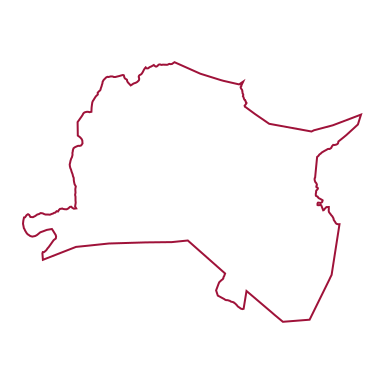 outline of Santiago Textitlán, Oaxaca, Mexico
{"feature_id": "50627088B13437276838139", "entity_name": "Santiago Textitlán", "entity_type": "district", "adm_level": 2, "iso_a3": "MEX", "parent_name": "Mexico", "parent_adm1": "Oaxaca", "projection": "equal_earth", "projection_center": [-97.325, 16.718], "detail": "fine", "context": "isolated", "style": "outline", "palette": "rose", "viewbox_px": 384, "rotation_deg": 0, "n_neighbors": 0, "source": "geoboundaries", "source_scale": "gbopen_adm2", "svg_char_len": 5240}
<svg xmlns="http://www.w3.org/2000/svg" viewBox="0 0 384 384"><path d="M282.9,321.8L309.6,319.7L329.2,279.9L330.3,277.5L331.6,274.9L339.5,224.2L339.4,224.2L338.5,224.3L337.0,224.0L336.4,223.7L335.7,223.0L335.0,221.7L334.4,220.9L333.7,219.8L333.5,218.4L332.9,217.4L332.4,216.4L331.2,215.1L330.6,214.2L329.9,213.4L329.5,212.8L328.9,211.9L328.7,210.5L328.8,209.1L328.8,207.8L328.8,207.0L326.4,207.1L324.3,209.3L323.8,210.1L323.2,210.3L321.2,205.2L320.5,204.9L319.6,205.1L319.0,205.2L318.3,205.2L317.9,205.2L317.5,205.0L317.5,203.6L317.9,202.7L318.4,202.6L320.2,202.9L321.0,202.8L321.4,202.6L321.8,202.3L322.2,201.9L322.4,201.3L322.4,200.7L322.6,200.3L321.9,199.8L320.8,199.2L320.1,198.8L318.8,198.2L317.8,197.2L317.7,196.7L316.7,196.2L316.0,195.9L315.8,195.3L315.8,194.9L315.8,193.9L315.8,193.7L316.1,192.3L316.1,191.4L316.2,190.8L316.4,190.4L316.9,190.0L317.4,189.3L317.9,188.7L317.7,187.8L317.2,187.4L316.5,187.2L316.3,186.6L316.5,185.8L316.8,185.3L316.9,184.7L316.6,183.8L316.1,182.9L315.4,182.2L315.2,181.6L314.9,181.0L314.7,180.1L314.6,179.6L314.6,179.0L314.7,178.2L314.9,178.0L315.1,177.7L317.1,157.0L318.5,155.8L319.3,154.6L320.8,153.5L321.8,152.5L322.8,151.9L324.3,151.0L325.6,150.3L326.7,149.7L327.6,149.1L328.4,148.9L329.4,149.0L330.3,148.6L331.2,147.9L331.7,146.9L332.0,146.2L333.0,145.2L333.2,144.9L334.4,145.0L335.9,144.7L336.2,144.6L336.7,144.4L337.5,143.9L338.0,143.3L338.3,142.1L338.4,141.5L343.4,137.5L346.3,135.1L357.9,124.5L361.0,114.6L332.8,125.3L313.9,130.3L311.5,131.5L269.2,123.8L255.1,114.1L245.3,106.9L244.9,106.7L244.6,105.7L245.3,104.9L246.0,103.9L246.5,103.2L246.5,102.9L246.0,102.6L245.9,102.2L245.9,101.8L245.8,101.6L245.7,101.7L245.5,101.0L245.2,100.5L245.1,100.1L244.8,100.1L244.6,99.9L244.4,99.5L244.0,98.9L243.9,98.6L243.6,97.3L243.2,96.7L242.9,96.2L243.1,95.6L243.2,95.2L243.3,95.0L243.1,94.1L242.9,93.9L242.7,93.6L242.5,93.0L242.5,92.3L242.5,91.9L242.3,91.5L242.3,90.6L242.0,89.8L241.4,89.0L240.9,88.1L240.6,87.1L241.4,86.0L241.4,85.5L241.2,85.2L241.5,84.6L241.9,84.4L242.0,83.9L242.8,82.5L243.2,81.6L239.1,84.4L223.3,80.8L223.0,80.7L220.8,80.1L200.3,73.7L174.5,62.2L171.9,64.0L170.7,64.1L170.2,64.1L169.5,63.9L169.0,64.0L168.6,64.2L167.6,64.7L166.6,64.8L165.5,64.7L165.0,64.8L164.5,64.7L163.6,64.7L162.6,64.7L161.8,64.9L160.7,64.7L159.9,64.4L158.6,64.7L157.6,65.8L156.6,66.5L155.7,66.5L154.4,65.7L153.8,65.0L152.6,65.7L151.2,66.5L149.9,67.0L149.1,67.5L148.4,68.2L147.3,68.4L146.4,68.3L145.7,67.4L144.8,68.4L143.9,69.8L143.4,70.8L142.8,72.0L142.0,73.3L141.3,74.2L140.4,74.7L139.8,75.0L139.4,75.3L138.9,76.0L138.7,76.9L139.0,77.8L139.2,79.0L138.9,80.3L137.3,81.9L135.7,82.8L134.5,83.2L133.4,83.6L132.3,84.4L130.7,85.4L129.4,84.0L127.8,82.3L127.1,80.9L126.9,79.7L126.1,79.2L125.1,78.6L124.4,77.6L124.1,76.3L123.8,75.3L122.9,75.0L121.0,75.5L119.0,76.1L117.3,76.5L115.4,77.0L113.8,77.0L112.7,76.5L110.8,76.4L108.5,77.0L108.3,77.0L107.7,76.8L107.2,76.9L106.5,77.3L105.9,77.6L105.5,78.1L103.7,79.9L103.0,81.1L102.6,81.9L102.5,83.0L102.3,83.8L101.9,84.9L101.6,86.2L101.1,87.5L100.7,88.7L100.5,89.7L100.1,90.4L99.7,90.7L99.0,91.3L97.7,92.7L97.8,94.5L95.8,96.4L94.2,98.9L93.7,99.8L92.9,100.9L92.3,102.4L91.9,105.1L91.6,107.6L91.5,109.8L91.4,111.8L89.4,112.2L88.9,112.0L88.0,111.8L86.9,111.8L85.1,112.2L84.1,112.7L83.3,113.5L82.5,115.1L81.5,116.6L77.6,122.1L77.8,135.6L79.2,136.6L80.2,137.4L81.6,139.0L82.3,140.5L82.5,143.5L81.2,145.4L79.7,145.9L78.2,145.8L76.9,146.3L76.0,146.7L74.6,147.4L73.5,148.3L72.8,150.5L72.9,150.8L72.4,153.0L72.5,154.2L72.5,155.0L71.9,157.3L71.2,158.6L70.5,160.8L70.1,162.8L69.7,164.4L69.9,166.3L70.4,168.3L71.0,169.5L71.5,171.4L71.9,172.5L72.6,174.3L73.0,176.2L73.7,177.9L73.8,180.2L74.1,182.1L74.6,184.3L75.8,186.4L75.3,189.1L75.4,191.0L75.5,192.7L75.1,194.9L75.5,196.7L75.5,200.4L75.7,202.6L75.5,204.0L75.1,206.4L76.2,208.4L73.9,208.7L72.4,207.9L71.2,206.7L70.0,206.9L68.2,208.5L66.7,209.3L64.5,209.2L63.0,208.9L62.2,208.5L61.1,208.8L60.0,208.9L58.9,210.0L58.0,211.5L56.6,211.2L55.3,212.6L54.0,212.9L53.1,213.5L51.6,214.0L49.9,214.7L47.7,214.5L45.4,214.5L44.2,214.1L42.8,213.4L41.7,213.2L40.6,213.1L38.9,214.1L37.3,214.5L35.1,216.1L34.2,216.5L33.1,217.1L32.1,217.1L30.4,217.0L29.2,214.9L28.0,214.2L26.6,215.1L25.1,217.3L24.0,217.5L23.3,220.9L23.0,223.8L23.3,225.2L23.9,228.3L24.5,229.1L25.0,230.4L25.9,231.9L26.7,233.2L27.7,234.3L29.1,235.2L30.2,236.0L31.2,236.3L32.4,236.6L33.3,236.4L34.3,236.2L35.2,236.0L36.5,235.3L37.3,234.8L38.0,234.2L40.3,232.3L43.4,231.2L46.8,229.9L51.9,229.0L53.1,230.8L54.2,232.6L55.7,235.0L56.1,236.5L55.8,238.5L53.7,240.1L52.6,241.6L51.0,243.9L49.7,245.7L48.7,247.1L47.6,248.3L46.3,250.2L44.6,251.7L43.8,252.2L42.8,252.1L42.4,253.3L42.9,259.8L76.0,246.9L87.9,245.7L108.9,243.5L145.7,242.4L171.9,242.1L187.8,240.5L225.1,273.5L224.6,274.8L224.2,276.0L223.6,277.0L223.4,277.7L223.3,278.4L223.0,278.7L222.7,279.3L221.6,280.0L219.2,282.3L218.5,284.0L216.1,290.4L217.8,295.6L224.3,299.1L224.9,299.6L226.0,300.1L227.0,300.1L228.1,300.3L228.9,300.6L229.8,300.8L230.7,301.5L232.1,301.9L233.7,302.3L234.2,302.9L234.9,303.3L235.5,303.8L236.3,304.7L236.7,305.0L237.2,305.7L238.0,306.6L238.9,307.2L239.8,307.8L240.6,308.5L241.7,308.9L242.5,309.1L243.6,308.8L246.5,291.0L250.2,294.1L271.6,312.3L274.7,315.0L282.9,321.8Z" fill="none" stroke="#9f1239" stroke-width="2"/></svg>